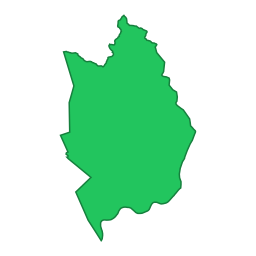 Parnaguá, Piauí, Brazil
{"feature_id": "56859067B27111272234018", "entity_name": "Parnaguá", "entity_type": "district", "adm_level": 2, "iso_a3": "BRA", "parent_name": "Brazil", "parent_adm1": "Piauí", "projection": "mercator", "projection_center": [-44.561, -10.311], "detail": "fine", "context": "isolated", "style": "filled", "palette": "green", "viewbox_px": 256, "rotation_deg": 0, "n_neighbors": 0, "source": "geoboundaries", "source_scale": "gbopen_adm2", "svg_char_len": 3188}
<svg xmlns="http://www.w3.org/2000/svg" viewBox="0 0 256 256"><path d="M66.9,157.2L68.1,158.5L68.9,159.2L91.0,177.4L75.8,192.0L84.5,211.8L88.1,220.1L96.2,232.7L101.2,240.6L101.7,239.9L102.2,238.7L102.6,235.6L102.6,233.6L102.1,230.9L101.6,229.7L100.6,226.2L100.6,223.7L100.7,222.4L101.7,220.9L102.9,220.2L104.1,219.9L106.7,220.1L108.8,220.0L110.3,219.8L111.1,219.6L112.4,218.9L113.2,218.4L114.6,217.4L115.8,216.1L116.9,214.6L117.5,214.0L117.9,213.3L118.9,210.8L120.4,208.7L121.5,207.9L123.3,207.3L124.4,207.1L125.8,207.1L127.4,207.4L128.5,207.4L129.9,207.7L130.9,208.1L134.0,210.8L135.1,211.8L135.7,212.4L137.0,213.1L137.9,213.4L138.9,213.4L140.0,213.4L141.4,213.3L142.4,213.1L147.4,211.0L148.3,210.4L149.2,209.4L149.9,207.9L150.6,206.2L151.5,204.4L152.6,203.0L153.3,202.6L154.4,202.2L156.8,202.3L160.3,203.7L161.4,203.9L163.1,203.7L166.0,203.0L167.7,202.1L169.2,200.7L173.0,196.4L174.0,195.5L174.5,194.7L176.0,193.0L178.4,190.0L179.8,188.6L180.7,188.0L181.0,184.7L181.0,183.3L181.0,181.7L180.2,179.5L179.6,177.8L179.3,174.1L180.2,168.4L182.4,161.9L184.5,158.5L184.7,157.2L187.2,150.5L190.2,143.8L192.3,140.3L194.8,133.6L195.2,132.8L195.5,131.8L195.4,131.0L194.7,130.2L193.7,129.3L193.0,128.4L192.4,127.7L191.3,126.5L190.6,125.9L190.2,122.6L189.6,118.9L183.3,109.9L180.9,108.3L177.2,105.5L176.1,104.1L175.9,102.6L176.9,101.2L177.3,96.9L176.5,92.0L172.7,89.7L169.1,85.1L169.6,80.0L169.1,78.1L166.4,76.9L163.7,76.5L162.7,76.1L161.9,75.5L161.9,74.5L162.5,73.7L163.6,71.6L164.6,62.2L156.7,52.6L155.5,47.9L155.2,47.1L156.1,45.8L156.8,44.7L156.4,44.0L155.0,43.5L154.4,43.1L152.4,42.9L151.5,42.5L151.0,41.7L149.7,40.8L148.9,40.8L148.1,40.4L146.9,40.3L146.4,39.6L146.0,38.9L144.9,38.3L144.7,37.1L145.7,35.7L146.0,33.6L146.9,32.4L147.0,31.6L146.6,31.0L145.1,30.4L144.2,30.0L143.1,29.6L142.1,28.6L140.7,28.0L139.3,28.3L138.7,28.0L136.3,26.1L135.0,26.1L133.3,25.6L130.7,25.4L129.4,25.4L128.7,24.5L127.0,23.1L126.8,20.7L126.5,18.6L125.6,17.2L124.6,16.4L123.9,15.4L122.0,16.9L121.6,17.8L121.0,18.7L120.4,19.7L119.6,20.2L118.9,20.4L118.2,21.1L118.1,23.0L118.0,24.1L117.7,25.9L117.9,26.8L119.6,27.8L119.9,28.6L120.9,29.5L121.0,30.4L121.4,31.3L120.8,31.9L120.7,32.9L120.1,33.8L119.4,34.8L119.1,35.5L119.3,36.4L118.1,37.1L117.7,38.1L116.8,38.7L115.9,39.3L115.3,39.8L114.7,41.0L115.0,42.5L115.0,43.4L114.5,44.7L113.4,44.9L112.1,44.6L111.2,44.5L110.3,44.7L109.8,44.2L109.4,44.8L108.9,45.8L109.2,46.9L110.1,48.7L110.7,49.4L111.5,50.3L112.4,50.8L112.7,51.5L112.3,52.3L113.0,52.7L113.4,53.6L113.4,54.7L112.7,55.7L112.0,56.4L111.3,56.6L110.0,56.9L108.8,57.1L108.0,57.5L108.0,58.3L107.9,59.0L107.3,59.7L106.9,60.9L106.4,61.8L106.2,63.0L104.9,64.5L104.3,65.6L103.4,66.7L102.6,66.7L101.9,66.1L101.2,65.9L99.4,66.0L98.0,66.0L97.3,65.3L96.6,64.8L96.1,63.9L94.5,63.4L93.6,62.8L92.4,62.6L91.6,61.8L90.2,61.4L89.4,61.4L87.1,61.7L85.9,61.5L84.1,60.4L82.8,58.6L81.3,58.0L80.0,56.7L78.7,55.9L77.9,55.0L77.8,54.0L76.9,53.5L75.5,52.8L73.1,53.1L71.8,53.2L70.3,52.7L69.5,52.6L68.4,52.1L67.5,52.1L66.5,51.5L65.4,51.6L63.6,51.9L73.9,85.9L72.1,92.4L69.2,102.6L69.7,132.2L60.5,135.3L68.0,152.0L67.2,152.4L66.3,153.0L66.1,154.2L67.1,154.9L68.1,155.8L67.8,157.1L66.9,157.2Z" fill="#22c55e" stroke="#15803d" stroke-width="1.5"/></svg>